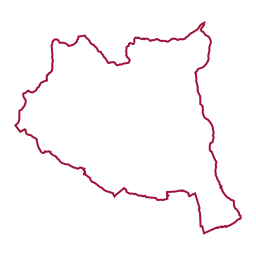 Baiculesti, Arges, Romania
{"feature_id": "2599482B94313215518908", "entity_name": "Baiculesti", "entity_type": "district", "adm_level": 2, "iso_a3": "ROU", "parent_name": "Romania", "parent_adm1": "Arges", "projection": "mercator", "projection_center": [24.661, 45.06], "detail": "fine", "context": "isolated", "style": "outline", "palette": "rose", "viewbox_px": 256, "rotation_deg": 0, "n_neighbors": 0, "source": "geoboundaries", "source_scale": "gbopen_adm2", "svg_char_len": 5692}
<svg xmlns="http://www.w3.org/2000/svg" viewBox="0 0 256 256"><path d="M240.6,218.5L240.4,217.6L240.6,217.0L240.5,215.6L240.1,215.5L239.4,215.1L239.2,214.5L239.0,212.8L236.4,209.2L235.5,208.6L235.0,208.0L234.5,206.9L234.1,205.6L233.8,203.5L233.8,202.3L234.0,201.6L233.6,200.6L230.6,199.6L229.6,198.6L228.4,197.9L227.1,197.3L223.5,192.8L223.1,191.9L222.5,191.4L222.3,190.8L222.4,190.3L222.3,189.7L221.8,189.4L221.4,188.5L220.9,187.9L220.3,187.6L220.7,186.3L221.4,186.5L221.4,186.1L219.9,184.8L219.6,184.3L219.5,182.5L218.8,181.9L218.5,180.9L218.1,180.5L217.3,179.1L216.8,177.3L215.7,175.1L215.8,173.0L215.3,171.9L215.3,171.4L215.7,168.6L216.1,166.7L216.0,165.8L215.6,165.1L215.7,164.3L216.1,163.5L216.4,162.7L216.3,161.9L216.1,161.3L215.5,160.8L215.0,159.3L214.3,158.5L213.2,155.4L212.2,153.1L211.9,151.9L211.5,151.6L210.4,151.0L209.9,150.4L209.7,147.0L209.8,145.6L210.4,143.3L210.5,143.0L212.1,142.5L212.5,142.1L213.6,137.8L213.6,137.0L213.0,135.9L212.9,135.2L213.5,134.3L213.6,133.3L213.5,132.0L213.1,130.0L212.8,129.4L212.9,127.9L212.6,126.9L211.4,124.2L210.4,122.5L207.7,119.5L205.6,118.4L204.4,117.2L203.5,115.5L203.2,113.9L202.7,112.4L202.6,111.7L203.1,109.9L202.6,108.4L202.8,106.5L201.6,105.0L200.2,103.9L200.4,101.1L200.2,98.8L200.2,96.2L197.6,91.2L197.8,89.8L197.7,88.7L197.8,87.3L197.4,86.2L197.2,85.5L197.3,85.1L197.2,84.5L196.4,81.9L196.2,81.0L196.4,78.4L195.8,73.8L195.3,73.3L195.6,72.2L196.1,72.1L197.1,71.0L197.3,70.0L198.7,68.7L202.7,67.4L204.2,66.2L206.1,64.1L207.8,61.4L208.5,59.4L208.6,58.6L208.3,55.6L209.5,50.1L209.3,47.4L210.8,42.8L210.8,41.4L210.6,40.5L210.1,39.0L209.4,37.7L208.4,36.6L207.5,36.0L205.9,35.3L204.9,34.4L204.2,33.2L203.2,31.9L202.2,31.6L201.2,30.6L201.0,29.8L201.1,28.8L203.6,25.5L204.0,24.3L204.2,22.7L201.8,24.1L200.3,25.2L197.9,29.1L191.7,33.0L190.3,33.6L188.1,36.1L186.2,37.2L185.2,38.5L182.7,39.4L181.1,39.1L179.3,39.3L178.4,39.8L177.5,40.0L175.6,38.8L172.3,38.7L171.4,39.1L170.5,40.1L167.8,41.7L166.9,41.7L165.4,40.9L162.4,40.8L161.6,41.1L159.6,40.5L158.4,39.5L157.8,39.5L157.0,39.0L154.2,40.0L152.8,40.3L151.8,40.1L150.6,40.9L149.6,40.4L148.4,39.2L147.2,38.7L145.6,38.6L144.9,39.2L144.2,38.7L143.7,38.6L143.5,39.1L142.2,39.1L140.1,38.5L139.0,37.8L138.1,37.7L137.5,38.2L137.1,38.0L137.0,37.7L135.6,37.6L134.9,38.2L134.5,39.0L134.2,39.8L134.4,40.9L134.2,42.8L133.5,43.9L132.6,44.0L130.2,43.0L129.0,43.7L128.7,45.8L128.1,46.0L127.0,46.6L126.3,48.1L126.5,48.7L126.4,50.7L126.0,51.4L126.6,53.2L126.2,55.3L126.6,55.7L126.9,56.6L129.6,59.6L129.7,60.3L128.7,62.7L125.1,63.4L124.4,63.4L123.0,63.7L121.3,64.6L120.5,64.4L119.4,64.5L118.6,65.0L117.1,65.2L116.6,64.8L115.8,64.4L114.9,62.8L113.3,62.1L110.4,62.4L110.0,62.8L108.3,63.0L106.7,60.6L106.4,59.8L105.0,57.9L103.9,57.0L102.9,54.9L102.1,54.1L100.8,52.1L100.3,51.7L98.8,51.6L98.1,51.2L97.7,50.2L97.5,49.2L96.7,48.1L95.9,47.2L94.9,46.4L94.0,45.1L91.5,44.0L90.2,42.5L89.3,40.7L87.8,38.9L87.0,38.5L85.6,37.0L84.9,35.6L82.4,35.9L80.4,36.4L78.6,36.5L78.2,37.5L78.1,38.9L77.1,40.0L77.0,41.3L75.5,43.1L74.5,43.6L73.9,44.4L72.1,45.2L70.9,45.5L68.4,45.8L66.5,43.8L63.6,42.8L59.7,42.7L59.0,41.7L58.4,40.3L57.8,40.1L56.9,39.4L54.9,39.4L53.6,40.4L52.9,41.2L52.5,42.3L52.2,44.4L51.8,45.1L51.5,45.9L52.0,48.8L51.9,50.0L52.2,52.0L52.4,54.8L52.2,55.8L52.3,57.1L52.1,57.4L52.1,57.7L52.5,58.8L52.8,60.3L52.6,61.5L52.8,62.0L52.2,63.9L52.4,65.3L52.1,65.9L52.2,66.6L52.5,67.1L52.3,67.5L52.3,69.1L52.0,69.9L52.0,70.7L49.7,73.1L48.9,73.2L48.4,74.2L47.9,74.7L47.3,74.8L47.1,75.1L47.2,75.6L46.7,76.2L46.8,76.3L46.8,78.6L46.9,79.8L46.9,80.4L46.7,80.8L45.3,80.7L41.6,82.5L41.0,82.9L39.9,84.4L39.8,85.0L38.9,86.8L38.3,87.4L37.8,87.5L37.1,88.0L36.2,90.1L35.6,90.7L33.4,92.0L31.9,92.5L29.3,91.5L28.9,90.8L27.5,90.9L26.9,91.7L25.8,92.7L24.6,93.2L23.2,93.6L23.2,94.5L23.5,96.6L24.0,97.8L25.2,99.2L25.6,100.3L25.8,100.6L25.7,102.1L25.0,104.4L24.4,106.0L23.2,107.4L22.0,109.2L21.3,109.7L19.5,110.6L19.4,112.1L19.3,116.8L19.4,118.5L19.0,120.8L18.6,121.9L17.9,123.0L16.5,124.4L15.4,125.3L20.2,131.8L24.8,129.3L25.5,129.8L25.5,130.7L26.5,133.8L29.0,135.1L29.8,135.0L31.3,135.4L32.5,136.8L35.0,138.0L36.9,139.6L36.8,140.8L37.5,144.0L38.6,147.6L39.5,149.3L40.1,149.8L40.3,150.6L41.4,152.2L41.7,152.5L42.5,152.9L43.4,152.9L44.4,152.6L44.9,152.2L44.9,151.4L46.3,151.7L49.1,151.3L49.5,151.8L50.7,152.1L50.5,153.1L53.2,155.3L55.4,156.1L56.0,156.6L56.5,157.4L56.8,157.6L56.7,157.9L57.3,158.3L58.1,159.2L59.0,159.8L59.4,160.3L59.7,161.1L61.5,162.8L64.6,163.9L66.4,164.4L67.9,164.3L68.8,164.5L69.1,164.9L69.9,165.6L70.6,165.8L71.8,166.6L72.7,166.8L73.2,167.3L74.0,167.6L75.2,167.7L76.5,168.3L78.0,168.7L78.4,168.4L78.8,168.4L79.3,168.1L80.2,167.3L80.4,167.3L81.3,167.9L84.2,168.6L83.4,169.4L83.4,169.8L83.7,170.2L84.5,170.5L84.6,171.2L85.2,172.0L85.1,172.8L83.9,173.5L84.0,174.4L85.7,174.7L89.6,177.8L90.3,178.5L90.7,180.4L92.1,181.8L94.6,182.8L97.3,184.8L99.3,186.5L101.1,187.6L102.3,188.0L102.6,188.7L104.5,190.3L107.7,191.6L108.8,191.8L113.1,193.3L113.3,194.3L114.5,196.5L115.5,195.2L124.1,188.1L124.7,188.9L126.1,189.7L126.3,190.0L126.4,190.7L126.3,191.4L126.7,192.0L129.9,193.7L131.8,193.5L134.2,194.0L135.2,193.8L138.1,195.4L139.7,195.7L141.5,195.5L142.6,196.3L143.1,196.4L144.9,195.7L146.1,197.1L155.8,198.0L157.2,199.9L157.5,200.0L161.4,199.7L162.4,200.0L163.0,200.0L167.4,198.7L167.1,196.8L168.4,195.4L167.0,195.0L167.1,194.6L167.0,192.0L174.9,191.6L181.4,190.4L181.6,191.0L183.7,190.6L184.1,191.1L186.1,191.8L187.9,192.9L188.5,193.4L188.8,195.9L189.6,196.2L192.2,194.7L195.1,193.4L199.6,208.2L198.8,209.2L199.9,212.9L200.1,214.6L200.6,226.4L202.3,226.3L204.0,233.3L217.0,227.4L217.4,228.0L221.6,226.4L222.1,227.3L225.6,225.9L226.0,226.9L230.8,224.8L234.9,222.4L237.8,219.6L240.6,218.5Z" fill="none" stroke="#9f1239" stroke-width="2"/></svg>